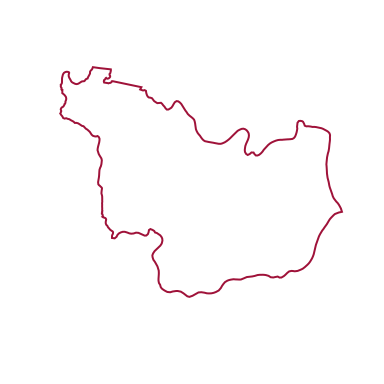 Caapiranga, Amazonas, Brazil, rotated 192°
{"feature_id": "56859067B97968343077652", "entity_name": "Caapiranga", "entity_type": "district", "adm_level": 2, "iso_a3": "BRA", "parent_name": "Brazil", "parent_adm1": "Amazonas", "projection": "natural_earth1", "projection_center": [-61.698, -3.056], "detail": "fine", "context": "isolated", "style": "outline", "palette": "rose", "viewbox_px": 384, "rotation_deg": 192, "n_neighbors": 0, "source": "geoboundaries", "source_scale": "gbopen_adm2", "svg_char_len": 6056}
<svg xmlns="http://www.w3.org/2000/svg" viewBox="0 0 384 384"><g transform="rotate(192 192 192)"><path d="M296.9,295.1L307.7,294.0L314.9,293.5L315.2,291.5L315.6,290.6L316.2,289.9L316.7,288.6L316.6,287.8L316.4,286.7L316.6,285.8L317.6,282.5L317.7,281.3L318.6,280.8L319.2,280.3L319.7,279.4L320.0,278.6L320.5,278.0L322.3,277.4L322.9,277.1L325.6,274.4L326.3,274.0L327.1,273.6L327.9,273.5L328.8,273.5L331.2,274.1L332.3,274.5L332.9,274.9L333.4,275.4L334.4,276.7L335.8,278.2L336.6,279.5L337.0,280.9L336.9,283.0L337.4,283.6L338.4,283.7L339.2,283.6L339.8,283.5L340.8,283.0L341.5,282.4L342.0,281.9L342.5,280.7L342.7,279.8L342.8,276.9L342.7,275.9L342.1,272.9L341.9,271.6L342.1,270.6L342.7,269.4L342.3,268.8L342.3,267.9L341.7,267.0L341.1,266.5L341.1,265.3L340.6,264.7L340.0,264.8L339.8,263.6L339.4,261.7L338.5,261.3L337.8,260.9L336.9,260.4L335.4,259.1L335.0,258.6L334.6,257.7L334.4,257.1L334.3,256.1L334.4,255.3L334.6,254.3L334.4,253.1L334.5,252.0L335.0,251.5L335.0,250.7L335.5,249.1L336.2,248.2L336.9,247.7L337.4,246.7L337.6,245.6L337.2,244.8L336.7,244.0L336.9,243.2L336.8,242.4L337.2,241.4L335.8,240.0L334.5,239.0L333.4,237.6L331.9,237.3L330.4,238.0L328.7,237.7L327.1,237.7L325.6,237.1L322.5,236.2L321.0,235.2L319.4,235.6L317.7,235.5L316.3,235.0L313.3,233.8L311.8,233.8L308.9,231.8L307.4,231.3L306.0,230.5L304.5,229.6L302.1,227.2L300.7,226.4L299.1,226.2L297.5,226.3L296.0,227.1L294.5,226.3L293.5,224.8L293.2,223.0L293.1,221.2L293.2,219.0L293.3,217.1L293.3,215.2L293.1,213.3L291.2,209.9L290.0,208.5L287.6,206.0L286.8,204.3L286.6,202.5L286.4,200.4L286.5,198.2L286.9,196.5L287.1,194.6L286.9,192.8L286.3,188.9L286.1,187.0L285.9,182.1L285.2,180.0L284.3,179.3L283.4,178.9L282.7,178.4L281.8,177.9L281.1,177.4L280.8,176.8L280.7,175.4L280.6,174.0L280.4,172.5L280.3,171.8L280.0,171.2L279.3,169.9L278.9,168.8L278.7,167.9L278.3,166.3L278.2,165.5L277.8,164.1L277.6,162.2L277.3,161.2L276.9,159.1L276.4,157.2L276.1,155.5L275.7,154.9L275.9,154.1L275.6,153.5L275.8,152.7L275.6,151.9L275.0,151.7L274.7,151.2L274.4,150.2L273.9,149.6L274.4,149.1L273.8,148.8L271.5,148.5L270.9,148.2L270.3,147.4L270.2,146.4L270.2,145.4L270.1,144.4L269.8,143.3L269.3,142.5L268.7,141.8L268.0,141.5L267.5,141.0L267.1,140.4L266.4,139.7L265.7,139.3L264.5,138.3L263.8,137.9L263.1,137.6L262.5,137.3L261.7,137.1L260.9,136.4L260.7,135.5L260.7,134.7L260.9,133.9L261.1,133.2L261.1,132.3L260.7,130.4L258.0,130.6L256.5,132.5L255.9,134.7L254.8,136.4L253.2,137.7L251.4,138.7L249.5,139.1L247.0,138.9L244.5,138.5L242.7,138.6L240.5,139.3L238.3,140.6L235.8,140.9L229.3,139.5L227.7,139.9L226.4,141.6L226.1,143.7L226.2,145.8L225.0,147.1L222.7,146.7L220.8,146.0L219.7,144.7L217.9,144.6L214.0,143.0L212.3,141.5L211.4,140.2L210.8,138.2L210.9,135.3L211.8,133.0L216.3,126.4L217.3,123.8L217.6,121.8L217.0,120.0L215.7,117.7L213.8,116.0L212.2,114.2L210.3,112.0L208.2,108.2L207.6,105.9L207.3,104.2L206.7,100.0L206.3,98.2L205.4,96.1L203.9,94.6L202.9,92.6L201.5,91.3L199.6,90.4L197.6,89.7L195.4,89.1L192.5,89.4L190.1,90.7L187.1,91.8L185.3,92.2L182.2,92.2L179.2,91.1L174.9,89.0L172.7,88.9L169.9,90.6L164.8,95.1L162.1,95.9L158.9,96.1L156.2,96.0L153.5,96.5L151.8,97.0L149.8,97.9L147.9,99.1L145.4,101.2L143.8,104.1L143.1,106.4L142.1,108.7L141.0,110.7L139.0,112.6L137.4,113.6L135.9,114.3L133.3,115.3L131.7,115.5L127.4,116.2L125.9,116.6L123.4,118.3L120.7,120.2L115.6,121.9L113.3,122.9L110.6,124.4L108.8,125.0L105.4,125.8L103.8,126.0L102.3,126.1L99.7,125.9L97.3,125.0L94.7,125.3L93.2,126.0L90.6,127.1L88.6,126.5L86.8,126.9L84.7,128.8L83.6,130.2L81.9,132.8L80.5,134.5L78.3,135.5L76.8,135.7L75.0,135.8L72.2,136.8L69.4,138.7L67.8,139.9L66.0,142.0L63.9,144.9L62.9,146.5L62.0,148.4L60.8,151.9L60.3,154.2L60.0,156.4L59.9,161.1L59.8,166.0L58.6,175.0L58.0,177.3L56.6,181.4L55.8,183.0L55.0,185.0L53.4,188.6L52.1,192.5L51.5,194.1L50.5,195.9L48.6,198.9L47.6,200.2L44.1,202.5L42.7,203.1L41.2,203.8L42.9,206.8L44.2,208.4L45.6,210.0L47.1,211.4L49.0,212.7L52.0,215.3L53.4,217.1L54.6,219.3L58.2,225.2L59.0,226.8L60.4,230.2L61.2,231.8L62.3,234.0L62.9,235.6L63.8,238.1L64.3,240.0L65.0,242.6L65.7,245.1L66.3,247.0L66.6,249.5L67.1,254.1L67.1,258.1L66.9,260.2L67.0,263.0L67.5,267.5L67.7,269.9L67.9,271.8L68.5,274.4L68.8,276.4L69.7,278.0L71.3,279.2L72.8,279.8L76.9,281.0L78.6,281.3L82.4,281.3L84.2,281.3L86.0,281.1L87.7,280.7L89.5,280.7L91.9,280.5L93.8,280.0L95.5,280.3L96.5,282.0L98.0,283.8L99.1,284.2L101.0,284.1L102.3,283.6L103.2,281.6L102.8,277.6L102.2,275.9L102.1,273.9L102.1,272.0L102.3,269.8L102.7,267.6L103.6,265.9L104.8,264.8L106.5,264.2L108.2,263.7L110.1,263.2L113.5,262.2L115.0,261.7L116.9,261.3L118.7,260.7L120.6,259.7L122.4,258.5L124.3,257.1L125.8,255.7L127.3,253.8L130.6,248.2L131.4,246.2L132.5,244.3L134.0,242.4L135.4,241.4L137.1,241.0L138.8,242.1L140.0,243.4L142.1,243.0L143.4,241.2L145.2,239.8L147.0,240.5L148.5,242.2L149.1,244.0L149.3,246.1L149.4,248.1L149.1,250.4L148.1,255.0L147.9,257.4L148.1,259.3L148.8,261.2L150.0,262.6L151.5,263.8L153.3,264.5L155.0,264.6L156.7,264.0L158.5,262.7L160.1,261.3L163.5,256.2L165.9,252.5L166.9,251.1L168.6,249.1L170.3,247.4L172.4,245.9L173.9,245.1L176.0,244.7L179.7,244.6L181.5,244.6L186.1,244.4L189.9,244.4L191.5,245.0L193.0,246.0L194.5,247.3L195.9,248.7L197.4,249.8L198.8,251.0L200.2,252.7L201.2,254.2L202.5,257.7L203.2,259.7L204.1,261.7L205.0,263.2L206.6,264.3L208.3,265.2L210.2,266.1L212.3,267.4L214.1,269.2L215.4,270.3L220.8,275.9L222.6,277.1L224.3,277.8L226.0,277.7L227.5,276.2L228.3,274.0L228.9,272.0L229.7,270.2L231.0,268.9L232.2,267.8L233.7,267.4L235.2,268.3L236.6,269.7L238.3,270.9L239.5,272.0L240.9,272.8L244.4,271.7L246.1,272.3L248.0,273.1L250.6,275.4L252.2,275.6L254.0,275.5L255.2,276.2L256.3,277.5L257.3,279.3L258.1,281.4L259.6,281.8L261.0,281.1L264.0,281.5L263.3,284.0L292.0,283.9L292.7,283.9L293.5,283.6L293.6,282.7L294.5,281.8L295.6,281.4L296.3,280.9L296.9,281.0L299.0,280.9L300.7,280.8L301.2,281.7L301.3,282.6L301.2,283.3L300.5,283.9L300.2,285.2L299.7,285.8L299.1,285.4L298.5,285.2L297.9,285.4L297.3,285.7L296.8,286.2L296.3,286.9L296.0,287.7L296.3,288.7L297.0,289.4L297.2,290.3L296.7,291.1L296.6,292.6L296.6,293.6L296.7,294.4L296.9,295.1Z" fill="none" stroke="#9f1239" stroke-width="2"/></g></svg>